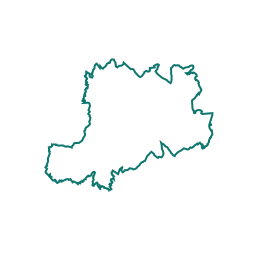 outline of Tepetlán, Veracruz, Mexico, rotated 44°
{"feature_id": "50627088B10984666318853", "entity_name": "Tepetlán", "entity_type": "district", "adm_level": 2, "iso_a3": "MEX", "parent_name": "Mexico", "parent_adm1": "Veracruz", "projection": "albers", "projection_center": [-96.778, 19.664], "detail": "fine", "context": "isolated", "style": "outline", "palette": "teal", "viewbox_px": 256, "rotation_deg": 44, "n_neighbors": 0, "source": "geoboundaries", "source_scale": "gbopen_adm2", "svg_char_len": 5808}
<svg xmlns="http://www.w3.org/2000/svg" viewBox="0 0 256 256"><g transform="rotate(44 128 128)"><path d="M58.9,116.6L60.8,118.5L60.8,120.6L61.5,120.8L62.0,120.3L62.7,120.9L63.5,120.7L64.3,120.9L64.6,121.5L64.6,122.8L65.6,124.0L66.8,123.4L67.0,123.6L66.9,125.0L67.2,125.9L67.5,126.2L68.4,125.8L68.5,125.0L69.1,124.7L71.2,127.4L71.2,127.8L70.3,128.2L70.7,130.3L71.2,130.1L72.7,131.5L72.5,132.5L73.1,133.6L73.7,133.4L74.5,134.3L74.1,134.6L74.9,135.0L74.3,135.8L75.8,137.6L75.5,138.1L76.1,139.0L76.3,140.1L77.6,139.8L77.1,138.7L77.7,138.1L78.4,138.5L78.9,139.7L78.8,140.7L81.5,137.7L82.4,137.2L83.2,137.2L85.4,138.5L87.1,142.5L89.0,142.7L89.3,143.1L89.2,143.9L89.6,145.5L91.7,145.4L92.3,146.4L93.7,146.6L95.2,148.7L95.6,150.3L97.6,151.3L98.0,151.9L98.0,154.9L97.5,156.7L97.8,158.1L98.7,159.1L98.7,160.6L101.7,162.5L102.4,164.1L102.6,166.0L103.3,167.3L103.4,168.5L103.8,169.0L103.1,172.7L99.9,176.2L100.5,178.7L100.4,179.6L100.7,180.7L101.1,181.1L97.3,183.1L96.2,184.7L93.1,185.9L90.2,189.0L88.6,189.8L88.1,189.7L87.6,190.5L87.1,190.4L86.5,190.9L85.2,192.3L84.6,192.1L84.8,192.3L84.6,192.5L85.9,193.9L85.9,194.8L85.0,196.1L85.2,196.6L84.6,196.7L84.5,196.9L86.1,198.0L86.2,198.5L86.8,198.8L86.8,199.2L87.5,199.6L88.0,199.4L88.2,200.0L89.6,200.9L91.3,205.0L91.9,206.0L93.0,206.7L94.0,208.2L95.4,211.5L96.1,211.5L96.0,213.6L98.1,213.6L99.0,216.5L99.6,217.1L104.0,217.3L104.1,215.5L105.0,216.2L105.3,217.5L106.4,217.6L106.5,216.6L107.0,216.4L107.6,217.7L110.6,217.9L111.4,216.0L112.6,216.0L113.7,216.4L113.5,216.7L115.3,216.7L115.9,214.6L115.2,213.8L115.2,213.3L115.6,213.2L116.6,211.9L117.4,211.8L117.6,212.2L119.2,207.9L120.2,206.5L121.6,206.5L122.0,204.7L125.9,205.6L126.0,204.2L129.9,202.9L130.5,201.9L130.9,202.9L130.7,203.2L131.1,203.2L130.9,201.0L132.0,200.8L131.3,199.5L132.7,198.4L132.9,197.8L132.2,197.5L132.9,197.1L132.3,195.6L132.6,194.6L133.1,194.3L132.5,193.8L132.3,191.2L132.4,190.7L132.7,190.9L133.0,190.6L132.8,189.7L133.8,189.3L133.6,189.0L134.2,188.4L134.3,187.0L133.7,186.3L133.5,184.7L133.8,183.4L134.3,182.9L135.3,183.1L136.7,186.4L136.5,186.5L136.8,187.5L137.3,187.4L137.9,188.4L139.2,188.9L139.8,191.2L141.1,191.9L142.0,193.5L142.3,193.2L142.7,193.7L143.2,193.7L143.6,193.2L143.0,191.6L143.5,190.7L143.2,189.3L143.7,188.7L145.4,189.3L145.8,190.2L146.7,190.6L148.5,190.7L149.8,191.3L150.3,191.1L148.1,188.9L149.2,188.9L149.6,189.4L149.8,187.7L151.1,187.4L151.7,187.0L152.4,187.6L154.7,186.1L155.4,186.2L156.2,185.5L157.7,186.1L158.5,183.5L155.6,182.9L155.8,180.9L155.3,180.7L154.9,181.3L154.1,181.4L154.2,180.5L153.8,180.4L154.6,179.0L154.7,178.1L153.8,177.5L152.4,177.8L151.8,177.4L151.4,176.6L152.8,174.7L153.3,174.7L150.5,172.6L148.3,172.7L149.4,172.3L147.5,172.0L146.6,169.2L152.9,168.1L151.0,164.0L150.7,163.0L151.0,161.4L151.1,161.6L151.5,161.0L152.3,162.8L153.7,163.6L153.5,163.4L155.0,163.5L155.3,161.5L154.9,160.7L156.2,159.4L157.1,157.9L157.2,155.7L158.0,155.4L158.9,154.5L160.7,154.0L161.5,152.7L162.0,150.9L161.8,149.3L162.1,146.8L161.6,145.1L161.9,142.6L162.5,141.9L162.4,140.9L163.1,139.8L161.4,135.2L161.3,128.9L164.5,128.6L165.4,129.2L169.7,128.9L170.4,128.6L170.2,127.6L170.8,126.8L172.2,126.1L172.6,125.3L171.8,122.4L171.2,121.6L168.6,120.0L167.1,119.6L164.1,116.9L162.1,115.6L163.8,115.6L164.7,115.0L166.8,115.0L167.6,115.3L169.6,114.5L172.3,115.2L174.8,115.5L176.2,116.1L177.4,115.9L179.1,116.3L181.1,115.8L180.6,114.3L180.7,110.9L181.9,106.8L182.4,103.8L186.0,101.9L186.4,101.1L186.3,98.7L187.6,98.1L187.8,97.6L187.8,96.8L188.2,96.0L188.0,94.6L188.6,91.3L189.1,91.6L189.6,91.5L189.9,88.6L192.0,89.0L192.4,88.3L193.0,88.2L193.6,89.3L194.2,88.7L195.5,88.9L195.0,89.7L194.9,90.8L196.0,90.9L196.7,89.4L196.5,88.4L196.6,88.0L196.3,87.5L197.1,86.0L196.7,84.9L196.9,84.5L196.4,84.3L196.5,84.0L195.8,81.5L195.3,81.2L194.6,80.1L194.3,78.7L193.8,78.1L194.3,77.4L193.6,76.4L193.3,74.2L191.2,72.4L190.8,72.1L190.3,72.3L189.8,71.5L189.1,72.0L188.8,71.7L187.3,71.6L185.1,70.3L184.6,69.6L185.1,69.3L185.6,68.1L185.3,67.7L183.9,68.5L179.6,60.0L178.4,58.7L171.8,66.2L170.4,66.5L169.7,64.7L167.6,64.9L165.5,67.0L164.9,69.2L165.4,69.3L165.9,70.4L165.6,71.1L165.0,71.3L162.9,69.7L162.3,69.9L160.9,69.2L154.9,63.7L155.3,59.9L154.9,58.1L155.1,57.0L154.5,56.5L154.5,55.3L154.7,55.6L154.9,55.0L155.9,54.5L155.3,53.3L154.6,50.1L153.9,49.3L153.2,49.5L152.6,48.9L149.6,48.2L148.7,47.4L147.6,47.0L147.6,46.3L147.3,46.0L146.2,45.6L143.9,45.7L143.5,46.5L142.6,46.2L141.8,45.7L141.2,44.8L141.5,42.9L140.0,42.0L136.7,42.4L136.4,43.7L135.4,43.8L135.0,44.2L134.6,46.8L134.1,46.9L133.5,48.2L131.7,48.2L133.0,46.5L133.2,44.1L133.0,42.6L133.5,41.8L133.5,40.3L133.1,39.2L132.2,38.2L131.2,38.1L130.0,39.2L129.3,41.0L129.3,41.8L126.9,45.3L126.6,47.0L123.7,47.3L123.2,47.7L121.2,47.6L120.4,48.4L120.0,48.4L118.9,50.1L117.8,50.3L117.3,51.3L117.3,52.6L117.7,53.6L117.3,54.8L117.9,55.8L119.7,57.2L121.5,59.2L123.4,60.3L124.4,61.7L125.6,62.6L127.2,65.1L127.4,66.2L124.1,66.7L122.5,66.6L118.0,68.1L111.8,68.7L108.6,68.2L108.1,65.1L106.8,63.2L106.8,61.8L106.2,61.1L105.2,61.4L104.5,62.3L103.6,65.2L105.1,66.0L102.0,69.7L102.5,70.3L103.3,70.6L103.4,71.3L104.0,71.9L103.7,73.0L102.7,73.9L101.7,74.0L101.2,75.2L100.9,76.4L101.5,77.5L101.9,80.8L101.4,82.9L99.9,83.3L94.3,83.0L92.7,82.4L91.0,82.1L89.9,82.8L89.0,83.8L79.5,84.0L80.4,85.6L80.3,86.3L79.9,87.9L78.4,89.4L78.2,91.8L77.6,92.1L76.1,92.0L75.5,91.0L74.5,90.7L73.6,89.6L71.7,89.3L70.2,88.6L69.6,89.0L68.6,90.2L68.6,91.3L69.5,93.5L69.3,94.0L68.9,94.1L68.8,94.5L69.2,94.5L68.2,96.2L69.0,98.8L68.7,101.4L68.7,102.4L69.1,103.4L68.6,102.8L67.1,103.2L65.1,102.8L65.6,103.4L65.5,103.8L65.9,104.3L59.8,103.4L61.0,103.9L60.5,105.6L61.2,107.0L62.3,108.1L62.6,109.5L62.4,110.1L63.8,112.4L64.0,113.4L64.4,113.5L64.7,114.8L66.5,115.0L67.2,116.5L65.5,117.7L64.8,117.5L63.8,117.0L63.1,115.4L61.0,116.3L60.7,116.1L58.9,116.6Z" fill="none" stroke="#0f766e" stroke-width="2"/></g></svg>